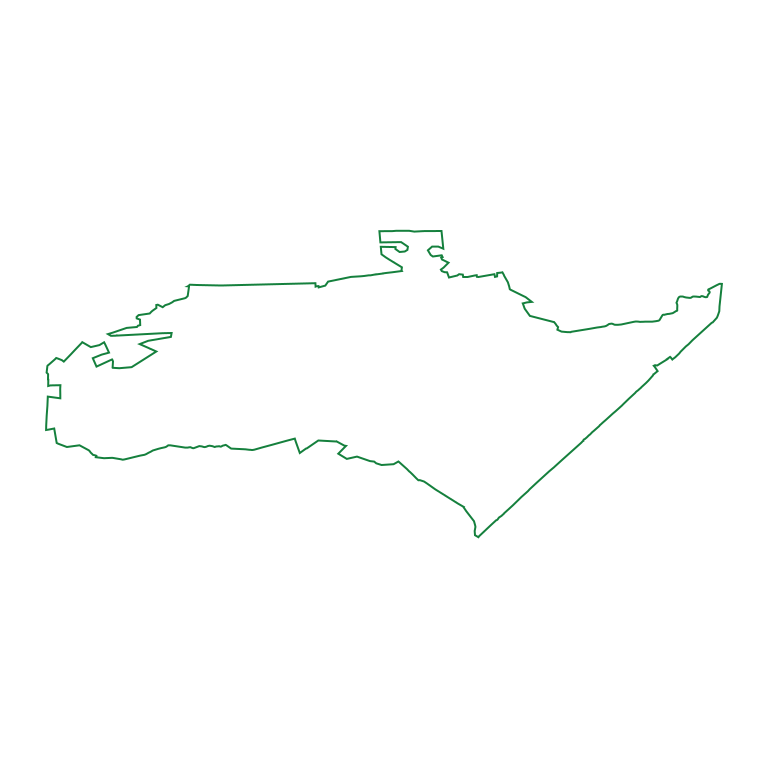 Salnavas pag., Karsavas, Latvia
{"feature_id": "27541924B78663906556024", "entity_name": "Salnavas pag.", "entity_type": "district", "adm_level": 2, "iso_a3": "LVA", "parent_name": "Latvia", "parent_adm1": "Karsavas", "projection": "natural_earth1", "projection_center": [27.552, 56.809], "detail": "fine", "context": "isolated", "style": "outline", "palette": "green", "viewbox_px": 768, "rotation_deg": 0, "n_neighbors": 0, "source": "geoboundaries", "source_scale": "gbopen_adm2", "svg_char_len": 6001}
<svg xmlns="http://www.w3.org/2000/svg" viewBox="0 0 768 768"><path d="M56.7,443.0L58.4,443.8L66.9,447.0L79.5,445.3L88.8,450.3L89.8,451.3L90.7,452.6L92.1,453.9L92.7,454.6L93.1,454.9L94.6,455.2L96.2,455.7L96.4,455.9L96.1,456.2L95.8,457.2L104.0,458.2L110.7,457.9L112.8,457.9L121.1,459.3L122.2,459.6L122.8,459.7L124.6,459.4L140.2,455.6L144.5,454.8L146.0,454.2L148.7,452.7L150.6,451.8L152.8,450.5L158.4,448.8L161.1,448.1L164.8,447.3L165.7,447.0L166.5,446.6L168.3,445.3L170.1,445.3L185.2,447.6L187.6,447.6L189.2,447.3L190.4,447.2L191.6,447.7L192.3,448.0L192.6,448.1L193.3,448.2L193.9,448.1L196.6,447.1L199.0,446.2L199.3,446.1L201.8,446.4L203.8,447.0L204.6,447.1L205.2,447.0L206.4,446.7L208.0,446.0L209.6,445.7L212.5,446.2L214.4,446.9L214.7,447.0L216.2,446.5L217.2,446.4L218.0,446.4L219.1,446.2L219.4,446.3L220.3,446.6L221.0,446.6L222.9,445.6L224.3,445.3L225.6,444.9L225.9,445.0L226.3,445.2L231.0,448.5L231.3,448.6L245.3,449.3L249.4,449.8L250.2,449.8L251.8,450.0L252.5,450.0L254.3,449.7L261.6,447.6L272.0,444.8L287.2,440.6L294.8,438.6L295.6,441.2L299.8,453.0L306.1,448.5L306.8,448.4L318.3,440.5L336.1,441.5L336.4,441.3L344.3,445.6L346.0,445.9L338.3,453.7L346.8,458.9L357.0,456.6L370.0,461.1L374.2,461.6L376.2,463.3L381.6,465.0L393.6,464.2L398.4,461.5L399.6,462.5L407.0,469.1L409.2,471.4L410.0,472.0L412.9,474.8L416.2,478.2L418.3,480.2L418.8,480.3L419.4,480.2L419.7,480.1L424.0,481.5L426.3,483.0L435.2,489.3L458.0,503.6L463.7,506.9L463.5,507.1L466.2,511.1L474.0,521.2L475.0,524.8L475.4,526.5L475.4,527.1L475.2,528.2L474.7,530.9L474.7,531.4L475.0,535.2L478.4,537.2L479.0,536.3L491.0,525.0L496.1,520.3L496.8,520.1L497.2,519.8L497.6,519.5L498.9,517.6L499.5,517.2L501.6,515.8L502.3,515.1L503.9,513.7L504.1,513.3L512.8,505.4L521.4,497.0L528.0,491.1L529.7,489.2L536.6,482.8L549.1,471.4L553.0,468.1L553.3,467.9L562.1,459.9L581.2,442.8L583.1,440.8L583.3,440.8L583.3,440.5L583.7,439.6L584.9,439.0L586.9,437.3L588.9,435.3L590.0,434.5L592.5,431.9L593.2,431.4L599.2,426.1L599.9,425.1L600.0,425.1L603.2,422.2L605.4,420.3L612.9,413.5L615.4,411.4L622.2,405.3L622.7,404.7L628.8,398.8L635.1,393.0L636.2,391.7L638.2,390.2L639.8,388.7L640.6,388.1L641.5,387.1L646.0,383.0L648.4,380.6L652.9,375.5L653.1,375.1L653.4,374.4L653.6,374.4L657.6,371.1L654.7,366.8L653.8,365.8L655.0,365.2L657.2,365.5L661.5,362.8L667.2,359.3L667.0,359.1L670.1,356.9L670.6,357.3L672.3,359.5L672.4,359.4L675.2,357.3L679.2,353.5L680.6,351.7L685.9,346.4L688.5,344.3L692.5,340.2L711.7,322.8L712.7,322.4L716.9,317.7L717.5,316.3L718.0,315.0L719.3,311.2L719.5,306.5L721.9,283.9L719.9,283.8L719.4,283.9L716.5,285.3L710.0,288.7L708.8,289.2L708.3,289.5L708.2,289.7L708.2,290.0L708.2,290.5L709.3,291.3L709.6,291.8L709.7,292.2L709.5,292.8L708.2,294.5L707.9,295.0L707.3,296.6L707.2,296.9L706.7,297.1L705.8,297.2L705.1,297.1L704.1,296.8L703.0,296.3L701.8,296.1L701.3,296.2L700.0,297.0L699.8,297.0L696.0,296.6L693.9,296.5L693.2,296.5L692.6,296.7L690.8,297.8L689.8,297.9L686.2,297.5L684.4,297.1L683.0,296.6L682.0,296.5L680.3,296.5L679.3,296.9L678.6,297.6L677.9,298.9L677.1,301.4L676.5,302.7L676.6,303.1L677.0,303.9L677.3,304.9L677.3,306.5L677.2,308.5L677.2,310.5L676.8,310.9L675.8,311.2L675.1,311.7L673.0,313.0L672.5,313.2L669.1,313.9L667.5,314.0L664.6,314.7L664.4,314.8L663.6,314.7L662.8,314.9L662.5,315.2L662.2,315.6L659.5,320.1L659.1,320.4L658.5,320.7L655.8,321.2L651.9,321.7L644.6,321.7L642.9,321.8L641.7,321.8L640.4,321.9L639.4,321.8L638.1,321.6L635.9,321.5L633.9,321.8L622.6,324.2L621.2,324.5L617.9,324.8L615.8,324.8L614.5,324.7L612.7,323.9L612.0,323.7L611.1,323.7L609.7,323.9L608.9,324.1L607.8,324.9L606.7,325.6L605.9,326.0L604.6,326.4L601.8,326.8L601.1,327.0L597.1,327.5L589.8,328.8L571.3,331.8L571.0,331.9L570.7,332.2L567.0,332.1L561.5,331.6L557.4,329.7L558.1,327.1L556.7,325.6L555.6,323.9L554.0,322.0L553.2,321.9L529.9,315.9L524.7,308.7L522.9,303.6L522.8,303.4L526.9,302.4L531.8,301.9L525.6,297.1L523.5,296.1L510.5,289.7L509.8,289.2L509.2,286.5L507.9,282.3L504.1,275.7L504.0,275.2L502.4,272.3L501.2,272.6L497.2,273.0L497.1,276.4L495.0,276.9L494.4,274.2L478.4,277.0L476.9,276.8L476.7,275.2L474.7,275.5L467.6,277.0L463.2,277.0L462.8,274.6L459.1,274.2L457.3,275.5L449.0,277.5L447.1,272.3L444.6,272.2L441.8,271.1L440.9,269.6L443.6,267.6L445.8,265.4L448.5,262.7L442.0,259.5L441.2,257.6L442.6,257.1L441.7,255.3L432.9,256.5L430.7,255.0L427.9,250.3L432.1,246.6L438.3,246.6L443.3,248.7L441.5,231.0L423.7,231.1L414.3,231.6L409.2,230.8L396.2,230.8L392.5,231.1L379.4,231.2L380.4,242.4L401.1,242.1L407.9,246.7L407.4,249.9L404.8,251.5L399.6,252.0L395.4,249.0L395.6,247.1L380.8,246.8L381.5,254.3L385.8,257.4L389.9,260.0L401.9,267.3L401.5,270.3L401.9,271.0L392.0,272.3L386.7,272.9L383.0,273.4L383.0,273.5L375.5,274.5L375.5,274.4L370.7,275.3L369.0,275.3L364.0,276.0L360.7,276.3L351.0,276.9L328.1,281.6L325.3,285.6L318.7,287.4L318.5,286.1L316.4,286.3L315.6,286.6L315.4,283.2L221.2,285.5L196.9,285.0L189.9,284.7L188.1,286.2L187.9,286.3L189.0,286.4L189.0,286.8L187.7,296.0L186.0,297.7L185.0,298.2L174.1,300.9L172.2,302.3L169.0,304.0L165.2,305.2L162.7,307.2L157.8,304.7L156.3,305.0L156.4,308.0L152.7,310.6L151.4,311.7L149.7,313.5L138.6,315.1L136.6,317.0L136.7,318.4L140.0,319.6L140.2,325.1L138.0,325.7L136.9,327.0L126.7,327.9L113.2,332.5L108.0,334.1L110.9,335.8L111.9,335.8L115.6,335.7L116.7,335.4L116.8,335.6L162.6,333.2L171.6,333.0L170.9,336.9L148.2,340.8L139.7,344.1L148.6,348.0L150.4,348.9L150.6,348.9L156.3,351.5L131.7,367.1L131.2,367.2L119.3,368.2L112.7,367.8L112.6,367.7L113.0,361.4L112.8,360.9L112.7,360.7L112.2,359.5L112.1,359.4L96.5,366.6L92.8,358.2L101.7,354.6L107.0,353.2L109.0,352.6L105.3,344.6L104.1,342.3L99.4,345.1L90.8,347.1L82.3,342.2L82.2,342.4L75.2,349.7L70.5,354.7L63.8,361.6L61.8,360.1L57.7,358.5L56.2,358.0L55.6,358.7L55.1,359.1L54.6,359.6L49.1,364.4L47.6,365.6L47.4,366.0L47.3,366.5L47.3,366.8L46.6,372.6L47.9,373.9L48.1,374.4L48.0,379.5L48.3,379.6L48.2,386.0L50.5,385.4L60.4,385.2L60.2,388.9L60.3,394.8L60.3,398.3L47.8,396.6L47.4,406.0L46.7,415.5L46.2,425.5L46.1,430.0L48.6,429.6L54.2,428.5L56.7,443.0Z" fill="none" stroke="#15803d" stroke-width="2"/></svg>